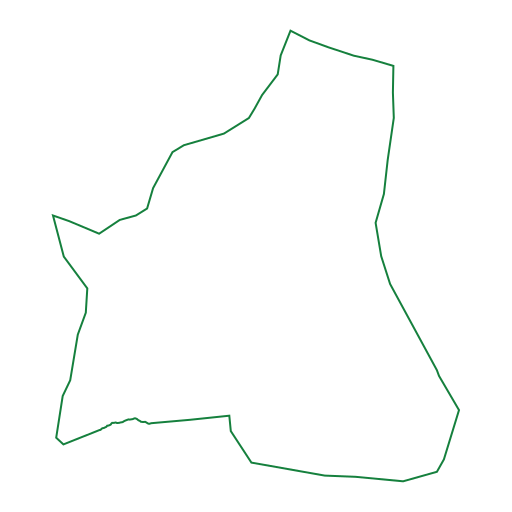 outline of Guchin-Us, Övörhangay, Mongolia
{"feature_id": "93677404B94163946721302", "entity_name": "Guchin-Us", "entity_type": "district", "adm_level": 2, "iso_a3": "MNG", "parent_name": "Mongolia", "parent_adm1": "Övörhangay", "projection": "equal_earth", "projection_center": [102.189, 45.34], "detail": "fine", "context": "isolated", "style": "outline", "palette": "green", "viewbox_px": 512, "rotation_deg": 0, "n_neighbors": 0, "source": "geoboundaries", "source_scale": "gbopen_adm2", "svg_char_len": 1316}
<svg xmlns="http://www.w3.org/2000/svg" viewBox="0 0 512 512"><path d="M56.2,437.7L63.4,444.4L99.6,430.0L100.5,429.9L101.8,428.6L102.6,428.2L103.8,428.0L104.5,427.7L105.2,427.3L106.0,427.0L106.5,426.6L106.9,426.1L107.2,425.7L108.3,425.6L108.9,425.4L109.7,425.1L110.8,424.5L111.3,423.6L112.1,422.9L113.6,422.9L114.8,422.7L115.6,422.5L116.3,422.7L116.9,423.0L117.6,423.0L118.6,422.9L119.4,422.8L120.3,422.5L121.5,422.3L122.7,422.1L123.5,421.5L124.6,420.9L125.5,420.5L127.1,419.9L128.5,419.4L129.6,419.6L132.8,419.1L133.8,418.6L134.8,418.3L135.6,418.4L137.1,419.1L137.6,419.6L138.6,420.4L139.3,420.6L140.0,421.0L140.8,421.7L142.0,421.9L143.1,422.0L144.5,421.9L145.4,421.9L147.2,423.0L148.2,423.6L149.2,423.8L151.3,423.2L190.0,419.8L229.3,415.7L230.8,431.1L251.4,462.6L324.8,475.6L355.4,476.8L403.1,481.3L436.9,471.8L443.9,459.4L459.0,410.1L439.0,375.9L436.9,370.2L390.1,284.0L381.2,256.2L375.6,222.8L383.9,194.0L387.7,159.9L393.8,117.9L392.9,92.5L393.4,65.9L372.3,59.7L353.8,55.7L328.4,47.3L309.4,40.4L290.5,30.7L280.7,55.4L277.7,74.4L262.1,95.0L254.6,108.6L248.9,118.0L223.9,133.6L183.9,145.2L172.5,152.1L153.1,188.1L147.1,208.5L135.9,215.5L119.8,219.9L99.1,233.7L69.1,221.1L53.0,215.5L63.8,256.6L87.3,288.4L85.8,312.7L77.8,334.6L70.2,380.3L62.7,396.0L56.2,437.7Z" fill="none" stroke="#15803d" stroke-width="2"/></svg>